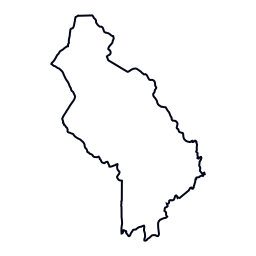 the district of Nicoadala, Zambezia, Mozambique
{"feature_id": "85939544B24973508625893", "entity_name": "Nicoadala", "entity_type": "district", "adm_level": 2, "iso_a3": "MOZ", "parent_name": "Mozambique", "parent_adm1": "Zambezia", "projection": "natural_earth1", "projection_center": [36.681, -17.573], "detail": "fine", "context": "isolated", "style": "outline", "palette": "ink", "viewbox_px": 256, "rotation_deg": 0, "n_neighbors": 0, "source": "geoboundaries", "source_scale": "gbopen_adm2", "svg_char_len": 5838}
<svg xmlns="http://www.w3.org/2000/svg" viewBox="0 0 256 256"><path d="M193.8,186.3L194.4,184.5L195.1,182.1L195.5,179.3L196.0,179.3L196.2,179.0L196.3,177.7L197.0,177.4L198.3,177.3L199.2,177.1L200.0,176.3L201.7,175.6L202.2,175.6L202.9,176.0L203.2,175.7L203.7,174.4L203.9,174.3L204.7,174.2L204.5,173.2L204.2,172.7L203.2,173.2L203.2,173.7L203.1,174.1L202.6,173.9L201.7,173.1L200.0,170.9L199.9,169.9L200.2,168.9L200.2,167.7L200.1,167.3L199.7,166.6L199.3,165.8L199.3,164.6L199.5,163.3L199.6,161.8L201.0,159.4L201.2,158.6L201.4,157.7L201.1,157.0L200.8,156.9L199.8,157.4L198.6,158.6L198.1,158.5L197.4,158.0L197.9,156.8L197.4,155.2L197.4,154.5L197.6,153.7L197.5,153.1L197.3,152.7L196.4,152.0L196.2,151.6L196.3,151.2L196.8,150.2L196.8,149.1L196.7,148.0L197.0,144.9L197.0,144.3L196.6,143.6L196.4,141.6L196.1,141.3L195.5,141.6L195.3,141.5L195.2,140.9L195.1,140.7L194.9,140.7L193.9,141.2L193.1,142.0L192.9,142.0L192.9,141.4L192.1,141.5L192.0,140.9L191.4,141.1L191.1,141.7L189.8,142.1L187.3,141.5L185.6,140.6L185.1,140.1L184.0,138.8L183.5,137.2L183.3,136.1L183.3,135.1L183.1,134.0L182.8,133.1L182.4,132.9L181.6,132.8L180.5,132.4L179.5,132.0L179.0,131.6L178.4,129.8L178.2,129.2L177.1,128.6L176.9,128.4L176.7,127.4L177.0,126.5L177.5,124.1L177.4,123.3L177.2,122.7L176.2,121.5L175.6,121.0L174.9,120.8L172.6,120.6L172.3,120.3L171.9,119.7L171.6,118.8L171.7,118.0L171.5,117.5L170.8,116.6L169.1,112.4L167.3,110.1L165.7,107.3L163.8,107.1L161.9,106.7L161.5,106.8L161.1,106.7L160.7,106.4L158.8,105.1L157.9,104.1L157.5,103.3L156.8,100.7L155.3,98.3L153.8,96.6L153.5,96.0L153.2,94.9L153.2,94.1L153.3,93.7L154.4,92.4L154.5,92.0L154.9,90.1L156.0,88.4L156.3,87.8L156.2,87.4L155.3,85.9L154.9,82.5L154.5,81.4L153.5,80.4L152.7,80.0L152.1,79.8L150.5,80.0L149.4,79.7L149.1,79.4L148.0,77.6L147.1,75.6L146.3,74.7L145.6,74.2L143.9,74.4L143.6,74.2L142.8,73.4L142.0,72.9L140.9,71.7L137.4,69.2L136.7,68.8L135.6,68.5L133.3,68.8L130.8,70.0L130.4,70.4L128.6,71.5L127.9,71.8L127.5,71.8L108.3,60.3L107.2,57.5L106.9,56.4L108.2,55.4L109.3,54.9L109.8,54.5L110.5,53.6L110.6,52.5L110.5,51.5L110.2,50.9L109.8,50.3L108.6,49.5L108.3,49.1L108.3,48.7L108.7,47.4L109.4,46.2L112.2,43.0L112.5,42.3L112.8,40.7L113.5,39.2L113.7,38.6L113.5,37.3L113.2,36.1L112.6,36.1L111.4,35.5L110.7,35.0L109.7,34.1L108.8,33.5L106.9,32.8L105.8,32.7L104.5,32.1L103.8,30.8L103.0,28.3L102.5,27.4L101.4,26.7L100.0,26.7L99.0,26.1L98.0,25.2L96.5,23.2L96.1,22.4L96.0,20.7L95.6,19.7L95.0,19.0L94.7,18.8L93.7,17.7L93.3,16.7L92.3,15.4L78.4,15.8L78.3,15.6L77.7,15.8L76.7,16.6L75.7,16.9L75.2,18.4L75.0,20.5L74.6,22.1L74.0,25.4L73.5,27.0L72.8,28.1L71.5,28.6L71.1,28.7L70.6,29.3L70.3,29.9L70.2,31.5L69.9,33.2L69.8,35.4L68.9,39.5L68.8,41.2L68.9,42.9L68.7,43.4L68.1,44.2L68.0,44.8L68.0,46.3L66.9,46.4L64.1,48.4L64.0,48.6L63.2,49.3L60.0,51.3L58.5,53.8L57.2,55.1L56.3,56.6L56.2,57.0L54.4,60.1L52.8,62.0L51.7,63.1L51.3,63.9L53.2,65.4L53.6,65.8L55.2,66.3L57.7,68.0L59.2,68.6L61.4,70.6L62.3,71.6L63.0,72.7L64.1,75.5L65.8,79.0L67.4,81.4L67.6,81.5L68.7,83.6L69.8,86.5L70.7,87.9L71.3,90.1L71.6,90.7L73.2,92.1L75.1,96.3L75.0,96.9L74.7,98.3L74.0,99.8L73.0,101.4L72.3,102.3L70.3,105.1L67.5,109.7L66.9,110.5L65.6,112.7L63.9,115.3L63.2,116.5L62.2,118.9L63.1,121.3L63.0,122.8L63.1,123.0L63.7,123.3L63.9,123.8L63.9,124.7L64.2,125.0L64.9,125.3L66.1,127.1L66.9,127.8L67.2,128.2L67.6,129.6L67.5,131.2L67.9,132.0L69.1,132.6L69.7,132.7L71.5,133.5L72.9,133.9L73.3,134.2L73.6,134.8L74.4,135.8L75.2,136.7L77.7,138.3L80.5,139.7L82.5,141.6L83.3,142.2L84.4,144.2L84.8,146.6L85.2,147.6L85.5,148.2L86.0,148.5L86.6,149.3L87.0,150.2L87.3,151.8L87.6,152.1L87.9,152.3L88.6,152.4L88.9,152.7L89.2,153.3L89.7,153.7L90.5,153.9L91.9,154.6L92.6,155.2L93.1,156.2L94.3,157.0L96.8,157.2L97.6,157.1L98.2,156.7L98.7,156.7L99.4,157.6L99.9,159.2L100.6,159.7L101.5,161.8L102.2,162.5L103.9,163.1L104.4,163.1L106.1,162.0L107.0,161.8L107.4,161.8L107.9,162.4L108.2,163.5L109.1,165.1L109.4,166.6L109.7,166.7L110.8,166.6L112.1,166.3L113.7,165.6L114.9,165.3L116.2,164.4L117.4,164.1L117.6,164.8L117.4,165.1L117.1,166.9L117.2,168.2L117.7,169.8L118.5,170.8L119.4,171.6L119.5,172.2L119.3,173.3L118.9,174.1L118.1,175.0L117.1,176.7L117.0,177.1L117.2,177.7L118.1,179.1L118.9,180.0L119.9,180.4L121.9,180.7L121.8,200.4L121.8,200.8L121.5,201.0L121.3,201.7L121.5,203.3L121.2,205.2L121.2,206.0L121.4,206.4L121.5,206.5L121.6,217.7L121.8,218.6L122.1,222.9L122.1,223.5L121.5,227.6L121.4,231.4L121.6,233.5L122.3,233.3L122.6,233.0L123.1,231.8L123.3,230.3L123.7,230.2L124.0,230.2L124.9,230.8L126.0,231.1L126.3,231.9L126.1,232.1L126.0,232.5L126.5,233.5L127.0,233.9L128.4,235.9L129.0,236.2L129.6,235.9L130.0,235.5L130.7,233.7L131.3,232.6L132.1,231.6L132.8,230.2L133.7,229.7L135.8,229.5L138.0,227.7L139.5,227.0L141.2,226.7L143.1,225.8L143.8,225.7L144.0,225.7L144.2,226.1L144.3,226.6L144.0,229.4L144.0,230.5L144.8,233.0L145.1,235.5L145.0,237.2L144.4,239.0L144.3,239.9L144.4,240.5L144.7,240.6L145.7,240.6L146.5,240.3L147.6,238.9L149.6,237.6L151.7,235.6L152.6,235.2L153.8,235.1L155.5,235.2L156.9,236.0L157.4,236.1L158.1,236.0L158.8,234.9L159.0,233.6L158.7,231.8L158.6,230.6L158.4,229.4L158.2,227.6L158.1,224.0L158.2,222.8L158.4,222.2L159.0,221.0L160.1,219.8L163.5,218.3L166.1,217.7L166.5,217.4L167.2,216.6L166.4,215.7L166.1,214.9L166.1,213.0L166.0,212.5L165.7,211.9L165.3,211.6L164.5,211.1L164.4,210.7L164.7,209.6L164.8,208.3L165.0,207.9L165.3,207.5L166.9,206.9L167.6,206.3L167.5,205.4L167.0,204.6L166.8,203.7L167.3,203.9L167.6,203.9L168.4,203.5L168.8,203.1L169.0,202.5L169.3,201.1L169.2,200.9L169.5,200.5L169.8,200.3L170.9,200.1L172.0,200.4L172.8,200.2L173.8,199.7L174.1,199.2L175.4,195.7L175.6,195.6L176.3,195.5L176.6,195.8L177.0,196.4L177.5,197.8L177.9,197.4L178.1,197.4L179.0,197.9L179.5,198.0L179.7,197.9L188.7,190.5L189.3,189.4L189.8,188.7L190.1,188.1L190.4,187.8L190.9,187.6L191.6,187.6L192.0,188.6L192.7,188.8L193.5,187.9L193.7,187.3L193.8,186.3Z" fill="none" stroke="#020617" stroke-width="2"/></svg>